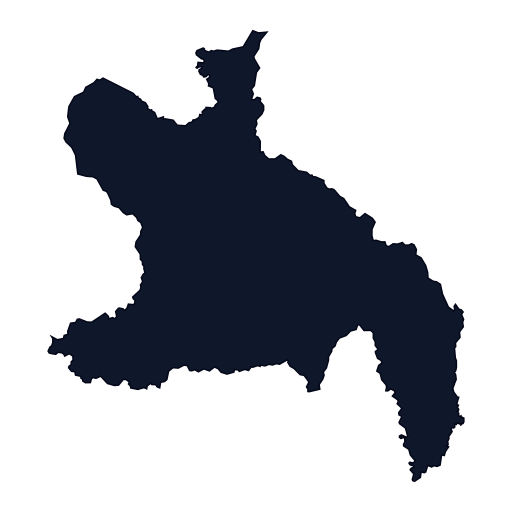 Tocache, San Martín, Peru
{"feature_id": "86281439B42687599219853", "entity_name": "Tocache", "entity_type": "district", "adm_level": 2, "iso_a3": "PER", "parent_name": "Peru", "parent_adm1": "San Martín", "projection": "mercator", "projection_center": [-76.612, -8.241], "detail": "fine", "context": "isolated", "style": "filled", "palette": "ink", "viewbox_px": 512, "rotation_deg": 0, "n_neighbors": 0, "source": "geoboundaries", "source_scale": "gbopen_adm2", "svg_char_len": 6002}
<svg xmlns="http://www.w3.org/2000/svg" viewBox="0 0 512 512"><path d="M266.9,32.1L258.5,32.9L252.8,30.7L243.2,46.8L232.5,49.1L228.6,51.2L217.1,50.1L213.6,51.2L211.2,50.6L209.0,52.2L204.6,50.5L204.4,48.8L203.2,48.0L197.0,50.6L195.9,52.9L196.5,54.9L201.5,58.8L203.6,59.3L204.4,61.6L203.4,62.8L198.0,62.4L197.7,65.6L196.1,67.5L197.1,68.2L199.1,66.9L201.7,66.7L201.8,68.2L199.1,69.9L198.9,71.3L200.4,74.3L202.7,75.3L203.8,77.0L205.8,76.7L208.3,74.4L209.8,75.6L209.3,77.5L206.7,79.3L208.8,83.6L208.5,85.9L213.3,87.9L215.3,98.5L217.7,100.5L218.3,102.4L215.1,105.3L214.5,107.8L213.5,107.4L211.7,108.7L210.8,107.7L206.0,107.4L205.9,109.4L204.7,109.2L202.0,112.1L202.6,113.6L201.9,115.1L199.9,114.4L199.0,117.5L195.1,119.8L193.1,119.9L191.9,122.2L189.0,122.7L185.6,125.8L177.2,125.2L173.2,120.2L165.1,118.8L163.5,119.5L163.4,116.9L157.3,118.8L154.6,112.4L152.0,111.1L151.6,109.8L150.0,110.1L147.4,108.4L147.9,106.7L145.4,102.7L141.6,101.1L140.5,99.1L138.3,98.2L137.7,96.4L136.3,96.8L133.1,93.3L103.0,78.1L99.9,80.1L97.0,79.3L94.0,82.7L85.8,87.3L83.6,92.2L74.5,96.6L68.9,106.6L67.7,116.7L70.0,123.4L64.8,133.6L64.1,138.3L66.0,141.9L71.7,147.3L75.5,154.9L77.8,174.0L86.5,176.3L92.8,176.7L97.0,178.9L103.2,190.2L106.5,191.4L107.8,193.3L110.9,200.2L111.4,204.2L114.2,206.2L119.0,207.6L123.3,212.6L126.7,214.8L132.6,213.7L136.6,217.4L138.0,220.6L140.8,222.5L142.7,227.5L140.8,231.4L140.6,235.0L136.1,241.8L135.3,246.7L140.3,254.2L140.4,259.4L142.4,261.3L142.5,264.5L144.2,266.8L143.8,268.3L145.0,273.0L143.3,274.1L141.3,277.7L142.7,281.5L140.5,284.9L140.9,287.6L140.0,290.3L132.7,297.0L133.3,298.8L135.0,300.2L134.7,303.8L132.8,304.6L128.4,304.1L127.1,307.9L125.0,310.5L123.0,308.8L119.1,308.0L118.1,308.6L115.7,311.5L116.7,316.7L114.7,318.8L112.7,317.6L108.7,318.8L108.4,316.3L105.2,313.2L91.7,322.2L87.1,322.0L79.2,318.9L77.3,319.3L75.6,322.5L70.6,323.2L67.7,331.4L68.0,334.3L64.2,335.4L63.4,338.5L57.3,339.7L51.6,336.6L52.8,338.5L52.8,342.4L51.8,345.6L49.9,347.2L48.1,351.1L49.2,353.0L51.5,353.6L55.8,354.3L57.8,352.4L61.7,352.7L63.9,354.2L64.7,356.1L69.1,353.7L72.9,356.1L73.0,360.2L71.3,361.7L71.1,364.8L69.0,366.2L68.6,367.8L71.5,371.3L74.9,371.7L75.5,375.1L80.9,376.3L81.0,378.3L82.7,379.3L82.8,381.1L85.4,382.7L90.4,382.6L91.3,379.1L92.8,377.5L96.0,378.3L100.7,376.2L107.5,383.5L114.5,385.5L118.6,385.1L123.3,379.4L125.9,379.5L129.4,382.0L128.5,384.0L130.7,386.3L130.8,388.0L137.8,389.4L144.0,387.6L146.7,388.8L147.1,386.1L150.6,383.2L151.8,384.6L155.6,384.6L157.2,386.9L159.7,387.9L160.6,382.3L164.7,381.5L166.9,379.5L168.6,371.2L173.0,367.7L178.2,368.1L183.9,365.2L187.2,365.5L189.7,370.5L191.8,370.8L194.7,369.7L198.4,371.8L203.9,368.9L209.4,370.9L214.5,367.0L218.1,368.7L221.0,372.2L227.0,374.1L233.9,372.1L234.5,369.5L238.3,370.0L239.3,371.4L244.7,369.4L248.6,370.5L251.2,366.8L252.5,367.3L257.8,365.6L260.1,366.4L260.5,365.1L265.1,365.9L268.8,364.3L272.5,365.0L276.1,363.7L279.6,364.2L287.0,360.0L288.4,360.6L287.8,362.4L290.1,366.2L294.2,368.6L300.1,374.6L304.1,375.4L308.3,381.1L308.8,382.4L306.5,386.9L308.0,389.3L307.9,391.5L309.2,391.7L319.8,389.2L319.1,384.6L322.7,379.2L324.1,375.3L323.3,372.1L326.4,368.0L328.5,360.2L328.5,356.7L331.7,351.3L331.9,348.7L335.1,345.9L336.2,342.3L339.3,338.1L346.2,335.5L350.5,331.0L356.1,329.5L357.7,324.8L359.7,325.0L364.0,330.5L370.6,330.4L373.3,332.7L373.3,338.2L375.3,342.0L375.2,345.5L377.8,348.7L377.2,350.3L375.4,351.4L375.5,352.8L377.6,358.4L381.1,360.4L381.9,363.0L378.7,365.4L376.8,371.1L380.1,373.3L381.8,379.9L386.1,384.8L386.6,387.3L385.8,390.8L387.8,390.9L390.8,388.9L394.4,390.8L395.1,392.7L392.4,396.1L397.6,399.7L398.3,401.2L397.2,403.8L401.9,408.2L398.7,412.7L399.0,414.9L401.2,416.0L401.6,417.1L399.1,422.3L399.5,423.6L405.5,428.1L407.7,436.4L406.5,437.2L401.4,434.9L399.5,436.0L399.4,437.3L400.9,438.5L403.5,437.5L404.6,438.1L404.9,441.7L403.5,444.5L403.7,446.0L408.8,449.3L410.3,454.9L415.2,460.9L414.0,462.3L412.1,462.9L409.9,462.2L409.0,463.1L409.9,464.7L413.9,466.2L413.8,467.4L411.2,468.2L410.2,469.8L413.8,474.0L412.3,479.4L412.7,480.6L414.5,481.3L420.4,477.4L421.1,472.0L424.3,472.7L425.7,472.0L427.7,465.4L431.6,467.0L433.9,465.7L437.1,466.4L440.1,465.1L441.6,454.9L444.3,455.5L445.4,451.6L448.6,446.8L446.4,445.7L448.1,444.6L447.7,441.2L449.0,438.5L448.6,436.8L452.1,431.6L451.0,428.6L453.9,426.8L454.0,427.8L454.7,427.2L454.8,424.0L456.3,424.5L457.2,423.0L458.6,423.5L459.1,422.8L460.6,425.0L461.6,424.6L461.5,423.1L463.1,423.4L463.9,421.6L463.8,418.0L462.1,417.5L461.0,415.8L459.9,416.7L458.7,415.7L458.7,413.2L457.1,411.5L458.1,411.3L458.7,409.3L457.4,407.6L458.4,405.2L457.2,405.0L457.0,403.0L458.7,397.3L457.3,397.0L453.7,392.0L452.8,388.3L454.6,383.6L454.0,382.4L455.0,382.3L456.2,379.4L455.6,374.5L454.3,372.5L455.6,370.9L456.4,367.6L456.4,360.8L455.3,357.8L454.5,347.9L455.7,346.7L455.5,342.8L460.0,337.4L459.5,331.9L463.3,326.8L462.6,322.3L463.6,319.4L461.5,314.3L463.1,312.0L461.3,309.9L458.9,309.2L455.5,304.3L454.1,306.4L454.7,309.2L453.9,311.1L448.4,307.1L442.5,294.1L440.4,284.3L436.7,281.9L432.8,281.1L428.0,278.0L427.6,272.1L425.6,265.4L421.1,257.9L415.7,254.8L416.4,249.5L414.0,244.8L411.5,243.7L409.1,245.0L405.0,245.2L402.4,242.5L397.7,244.1L393.1,243.8L389.4,246.3L387.5,246.5L385.9,245.1L385.0,241.9L381.5,241.9L376.1,240.3L373.2,240.6L371.9,235.7L372.0,229.2L375.1,222.1L372.4,218.3L365.0,213.6L360.0,217.8L355.8,216.8L354.7,213.6L355.7,210.4L349.3,206.8L343.7,198.5L339.9,196.5L334.1,189.7L332.0,188.8L328.9,189.1L326.7,187.8L323.9,183.2L323.9,180.5L315.6,176.9L312.9,176.7L312.0,175.1L309.9,175.3L306.7,172.3L298.1,170.7L292.3,164.7L291.5,161.3L287.2,159.2L283.9,156.2L280.8,154.8L275.1,158.9L268.8,159.0L264.8,155.6L263.1,151.8L260.1,152.1L260.3,141.4L258.0,137.1L254.8,135.5L256.1,131.0L254.7,128.9L256.9,124.1L256.2,119.9L261.9,114.0L263.7,109.9L263.6,105.6L260.0,101.2L260.7,99.3L260.0,98.0L257.1,97.3L254.3,99.8L251.4,99.4L253.3,93.8L251.4,89.1L254.3,85.7L256.4,72.4L259.6,68.0L254.2,58.7L253.8,56.3L258.7,48.7L259.5,42.8L261.0,39.3L266.9,32.1Z" fill="#0f172a" stroke="#020617" stroke-width="1.5"/></svg>